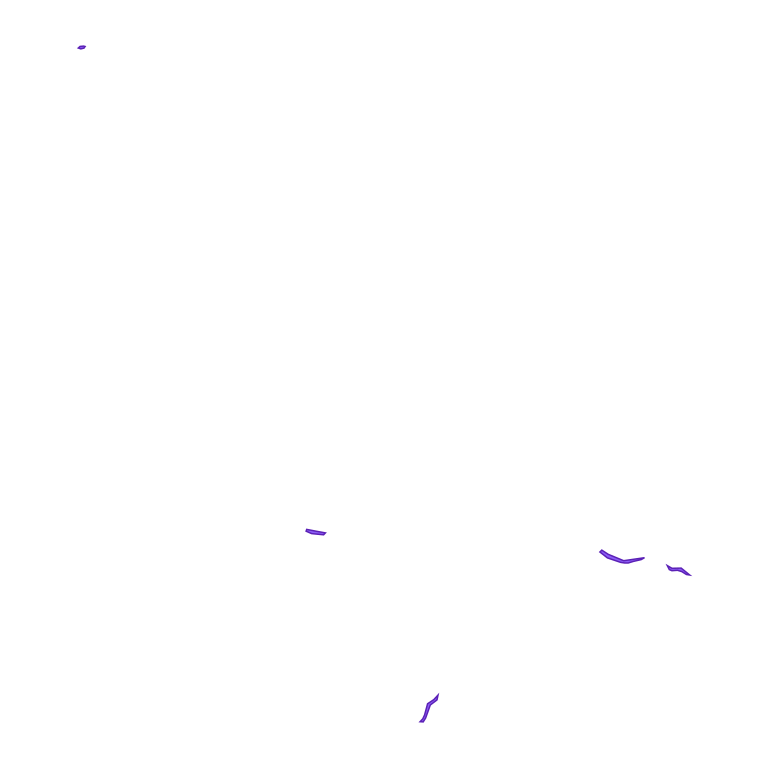 outline of Marshall Islands
{"feature_id": "MHL", "entity_name": "Marshall Islands", "entity_type": "country or territory", "adm_level": 0, "iso_a3": "MHL", "parent_name": "Oceania", "parent_adm1": "", "projection": "mercator", "projection_center": [169.926, 8.484], "detail": "fine", "context": "isolated", "style": "filled", "palette": "violet", "viewbox_px": 768, "rotation_deg": 0, "n_neighbors": 0, "source": "natural_earth", "source_scale": "50m", "svg_char_len": 686}
<svg xmlns="http://www.w3.org/2000/svg" viewBox="0 0 768 768"><path d="M608.2,554.3L623.7,560.7L644.5,557.7L641.2,559.6L633.4,561.4L628.2,563.0L624.8,563.0L620.7,562.4L607.4,557.9L599.9,552.0L601.8,550.1L608.2,554.3ZM425.6,718.1L423.2,721.9L420.1,721.7L422.8,718.8L424.6,714.9L427.6,703.7L433.7,699.7L438.0,695.1L437.0,699.9L430.3,705.0L425.6,718.1ZM667.3,565.6L672.0,568.3L681.2,568.1L689.7,575.0L686.4,574.5L681.8,571.6L677.5,570.3L671.9,570.7L669.3,569.6L667.3,565.6ZM325.4,532.9L323.6,534.8L311.6,533.6L306.1,531.2L306.7,529.4L316.1,531.2L325.4,532.9ZM84.0,48.1L80.8,48.9L78.3,48.0L80.1,46.4L83.7,46.1L85.1,46.5L84.0,48.1Z" fill="#8b5cf6" stroke="#5b21b6" stroke-width="1.5"/></svg>